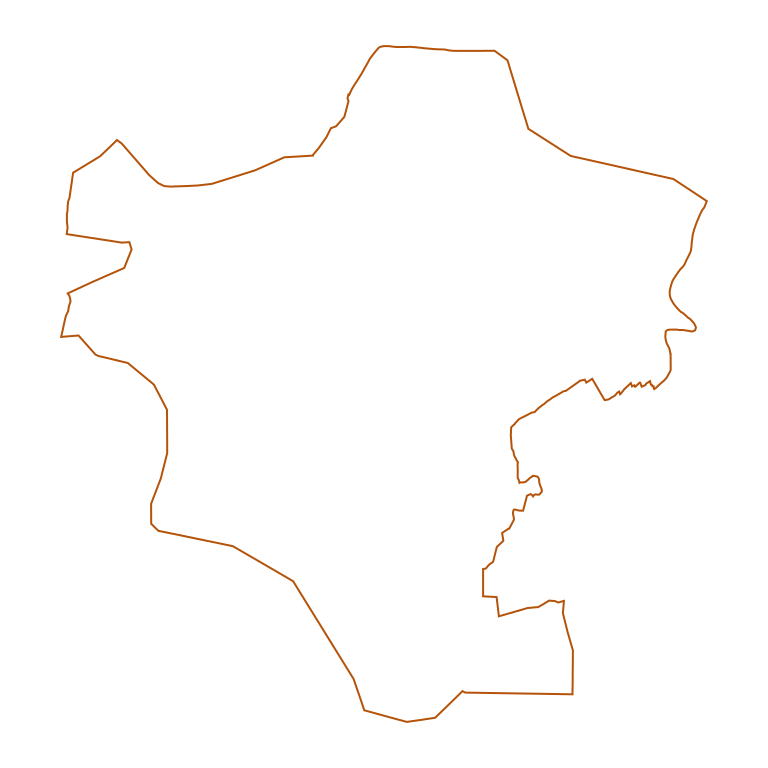 outline of Hamdan, Sana'a, Yemen
{"feature_id": "15242507B55222910003716", "entity_name": "Hamdan", "entity_type": "district", "adm_level": 2, "iso_a3": "YEM", "parent_name": "Yemen", "parent_adm1": "Sana'a", "projection": "robinson", "projection_center": [44.106, 15.48], "detail": "fine", "context": "isolated", "style": "outline", "palette": "amber", "viewbox_px": 768, "rotation_deg": 0, "n_neighbors": 0, "source": "geoboundaries", "source_scale": "gbopen_adm2", "svg_char_len": 5945}
<svg xmlns="http://www.w3.org/2000/svg" viewBox="0 0 768 768"><path d="M541.8,491.7L541.8,489.6L540.9,487.4L539.9,484.9L539.7,484.1L539.3,482.5L539.1,480.5L538.8,478.4L537.9,477.1L537.6,476.7L535.7,476.2L534.0,476.0L533.6,475.9L532.9,475.8L531.7,476.8L531.0,477.2L529.4,478.4L528.7,479.2L528.4,479.5L527.3,480.3L526.3,481.3L525.7,481.7L525.4,481.9L524.2,482.2L523.3,482.4L521.4,482.4L520.2,482.4L519.5,482.8L519.4,482.0L518.9,480.5L518.7,479.8L518.2,478.8L517.7,478.0L517.7,475.1L517.7,474.3L517.7,469.1L517.7,468.4L517.7,467.7L517.6,466.3L517.6,466.0L517.6,464.3L517.6,463.9L517.7,463.3L518.0,462.4L517.8,462.0L516.5,460.2L516.3,459.2L515.4,457.9L515.2,457.7L514.4,456.0L513.8,453.8L513.6,452.3L513.4,451.4L513.4,451.2L511.8,448.7L510.8,435.4L510.8,435.1L511.2,427.2L515.0,423.7L515.0,423.4L519.0,419.1L531.8,412.6L534.6,412.1L536.7,409.9L539.0,407.7L540.4,406.7L542.5,405.0L544.1,404.0L547.4,401.1L549.9,399.5L552.9,397.3L555.6,395.9L557.3,394.9L557.5,394.8L558.4,394.3L561.0,392.8L563.3,391.4L564.8,391.0L565.8,390.9L579.8,381.0L579.8,380.8L584.8,379.7L586.3,382.6L592.2,378.8L598.9,390.3L604.6,400.1L606.1,399.9L608.6,399.4L611.2,397.8L612.3,397.0L614.3,396.1L615.8,394.6L617.2,392.8L619.2,391.6L620.1,394.3L620.7,393.8L624.4,389.1L626.1,387.5L626.5,387.1L630.8,383.1L631.3,384.4L631.9,386.0L632.0,386.4L633.1,385.9L634.3,385.3L635.0,386.7L635.6,386.5L637.4,384.8L637.8,384.4L639.0,383.2L639.5,382.7L640.2,382.7L641.7,386.7L643.7,385.8L645.5,385.1L646.0,383.8L650.0,381.1L650.3,381.8L650.2,382.4L651.0,384.7L651.5,384.8L651.8,384.8L652.0,385.1L652.3,386.2L653.6,386.2L653.6,387.4L653.9,388.5L654.2,389.1L654.9,388.6L656.5,387.4L657.9,386.0L659.9,384.2L661.6,382.6L664.0,380.6L665.6,378.9L666.6,377.6L667.1,376.9L668.2,374.9L669.4,372.7L670.2,371.2L670.6,370.3L670.7,369.0L670.7,368.8L670.6,353.8L670.4,353.8L670.0,351.5L669.5,349.0L668.7,347.1L667.7,345.3L666.7,343.3L666.1,341.3L665.5,338.4L665.3,335.9L665.6,333.5L665.7,331.5L667.1,330.2L668.9,329.7L670.8,329.7L672.8,329.6L676.8,329.6L679.1,330.0L683.0,330.0L684.9,330.3L687.2,330.7L688.8,330.9L689.2,330.9L691.3,331.5L693.1,331.2L695.0,330.4L695.3,329.5L696.0,327.7L695.2,325.6L694.5,324.2L694.0,323.3L692.8,321.9L692.7,321.8L691.0,319.9L689.6,318.6L687.8,317.5L686.4,316.1L685.4,315.2L684.5,314.4L682.6,312.8L680.9,311.9L679.3,310.4L677.8,308.8L676.5,307.3L675.2,305.8L673.7,303.9L672.3,301.5L671.3,299.8L670.5,298.0L669.8,295.5L669.8,293.7L669.7,293.4L669.7,291.4L670.1,289.2L670.6,287.1L671.1,285.1L671.8,283.0L672.5,281.0L673.6,279.0L674.6,277.5L674.8,277.2L675.9,275.5L676.3,274.9L677.2,273.6L678.7,271.5L679.9,269.9L680.0,269.7L681.4,268.2L681.7,267.9L682.8,266.8L683.5,265.9L683.7,265.6L684.2,264.9L684.8,263.8L685.3,262.8L686.6,259.7L687.6,257.9L688.5,256.1L690.3,252.5L690.9,250.5L691.4,247.3L691.6,244.7L691.7,242.6L692.1,240.2L692.3,238.1L692.5,236.0L693.1,233.3L693.7,231.3L693.8,230.9L694.2,229.2L695.1,226.9L695.8,224.7L696.2,223.8L696.6,222.6L697.5,220.4L698.3,218.6L699.1,216.6L700.0,214.6L701.0,212.4L702.1,210.2L704.3,207.4L706.8,201.1L702.7,198.4L692.0,191.3L673.5,179.1L673.3,179.0L570.9,156.0L568.0,154.2L528.3,128.8L528.1,127.9L521.5,106.4L514.0,81.7L510.3,69.6L507.5,60.3L494.6,50.8L461.7,50.9L454.8,50.9L452.2,50.7L450.1,50.5L447.8,50.2L446.0,49.7L444.1,49.5L442.1,49.4L440.1,49.4L437.6,49.3L435.6,49.1L433.5,49.1L430.9,48.8L428.1,48.6L426.3,48.3L424.4,48.3L422.3,48.0L420.1,47.7L418.2,47.6L416.0,47.2L413.8,47.2L411.8,46.9L407.8,46.9L405.6,47.0L396.7,47.0L394.3,46.8L392.1,46.6L390.5,46.3L388.4,46.1L383.7,46.1L382.0,46.5L380.1,46.9L378.6,47.9L376.8,49.9L375.0,52.1L373.8,53.6L372.5,55.3L371.1,57.1L369.8,58.9L368.8,60.7L367.8,62.7L366.8,64.4L365.5,66.7L364.4,68.4L363.6,70.2L362.5,72.0L361.4,74.0L360.0,76.2L358.7,78.3L357.6,80.1L356.3,82.0L354.5,84.7L353.3,86.7L352.2,88.5L351.2,90.5L350.2,92.6L349.2,94.9L348.4,94.5L347.5,98.5L348.5,101.0L344.4,116.8L336.1,126.3L330.9,128.2L326.4,137.2L318.7,148.1L313.0,154.9L313.0,155.6L284.3,157.3L254.9,170.4L211.7,183.9L197.5,185.5L187.7,186.0L170.5,186.6L164.2,186.1L158.0,183.0L154.1,179.5L149.2,175.1L121.7,143.5L116.9,140.0L114.2,142.8L100.2,156.2L73.1,172.7L69.5,197.9L68.7,199.8L68.1,201.8L67.9,204.0L67.6,206.3L67.6,208.5L67.5,210.9L66.9,213.9L66.9,216.0L66.9,218.5L66.9,221.1L67.1,223.6L67.4,225.8L67.6,227.9L67.4,229.0L66.7,234.1L76.9,235.7L122.4,242.7L122.7,242.5L129.4,242.2L131.6,249.5L124.2,268.0L99.8,278.7L97.2,279.9L94.7,280.9L67.7,293.4L69.2,295.5L70.1,298.3L70.4,300.3L70.3,300.6L70.5,301.6L68.9,306.3L68.1,311.3L66.0,315.6L64.8,320.3L61.2,336.9L78.5,335.5L95.4,354.5L98.4,356.0L100.1,356.4L104.6,357.4L120.7,361.3L127.8,363.0L151.4,382.5L153.9,384.6L154.1,385.0L158.2,392.8L167.0,409.8L167.2,444.9L167.2,453.1L160.8,478.5L151.1,503.8L151.1,504.1L151.2,523.6L151.2,523.8L153.1,525.6L153.3,525.9L158.5,530.9L165.2,532.2L203.5,540.1L232.9,546.2L235.5,547.7L240.8,550.8L279.4,573.2L280.4,573.8L293.1,581.2L353.6,679.0L357.2,689.4L358.3,692.6L364.3,710.3L382.5,715.3L394.2,718.5L406.8,721.9L421.0,719.9L435.0,717.8L435.6,717.3L447.5,705.8L460.7,692.9L462.5,691.1L465.2,692.6L547.2,693.9L560.2,694.1L572.5,694.3L572.5,688.5L572.6,688.4L572.7,678.3L572.7,671.8L572.8,664.3L572.9,650.3L571.5,645.6L569.5,638.6L568.5,635.1L567.9,633.1L567.6,632.0L565.7,624.4L564.3,618.9L562.9,612.9L563.2,609.6L563.7,604.0L563.9,600.9L558.2,602.5L557.8,602.3L554.7,601.0L552.7,600.9L549.1,600.6L546.5,602.2L542.9,604.4L538.2,607.1L534.2,607.4L529.1,607.9L527.7,608.0L498.9,616.3L496.6,597.1L494.0,596.9L493.2,596.9L483.1,596.3L483.1,569.0L485.4,568.7L486.3,568.0L487.0,567.2L488.0,565.9L490.0,563.9L491.9,562.8L493.1,561.8L494.6,555.8L496.8,547.0L503.3,540.8L503.3,540.6L502.8,537.3L502.1,533.0L508.6,528.6L509.2,528.7L513.9,519.8L513.9,519.2L513.9,518.2L513.8,517.8L512.9,513.4L513.4,510.3L513.9,509.7L514.9,509.5L519.2,510.6L523.0,510.7L523.4,509.6L527.0,495.7L530.7,494.1L531.8,494.8L533.0,496.4L534.0,495.0L535.6,494.4L536.1,494.5L537.4,494.6L539.2,494.6L541.8,491.7Z" fill="none" stroke="#b45309" stroke-width="2"/></svg>